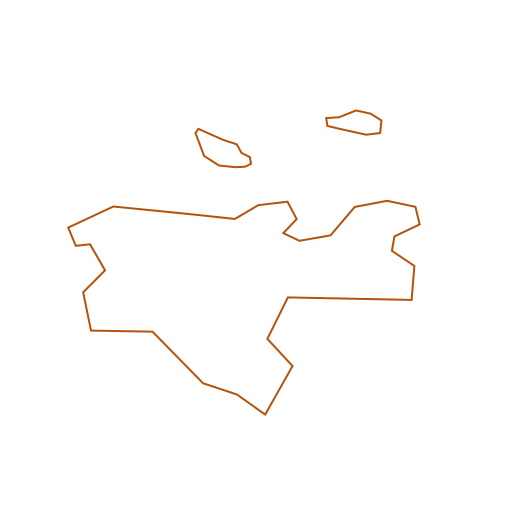 an SVG outline of Port Glaud, rotated 147°
{"feature_id": "SYC-5218", "entity_name": "Port Glaud", "entity_type": "state/province", "adm_level": 1, "iso_a3": "SYC", "parent_name": "Seychelles", "parent_adm1": "", "projection": "equal_earth", "projection_center": [55.401, -4.652], "detail": "fine", "context": "isolated", "style": "outline", "palette": "amber", "viewbox_px": 512, "rotation_deg": 147, "n_neighbors": 0, "source": "natural_earth", "source_scale": "10m", "svg_char_len": 809}
<svg xmlns="http://www.w3.org/2000/svg" viewBox="0 0 512 512"><g transform="rotate(147 256 256)"><path d="M398.0,382.1L348.7,375.2L285.9,324.9L253.6,298.6L226.4,297.4L200.0,284.4L201.8,264.8L220.6,260.3L211.3,245.1L182.2,232.7L146.5,243.4L116.0,230.9L95.5,210.4L101.5,193.4L129.3,197.0L139.2,186.3L128.6,161.4L149.4,134.4L251.8,203.9L291.6,180.3L285.3,143.8L334.7,118.0L347.4,150.2L369.7,178.1L384.0,248.9L435.0,283.3L420.7,319.7L390.4,326.2L388.8,356.2L401.6,362.7L398.0,382.1ZM216.6,336.9L224.5,341.4L237.8,352.1L245.0,368.1L241.7,383.3L239.7,392.2L235.1,394.0L220.6,371.7L211.3,360.1L212.0,350.3L207.3,342.3L210.0,336.0L216.6,336.9ZM84.9,291.5L97.5,297.7L113.4,313.8L125.3,326.2L122.0,333.4L110.7,327.1L92.9,323.6L82.3,312.9L77.0,301.3L84.9,291.5Z" fill="none" stroke="#b45309" stroke-width="2"/></g></svg>